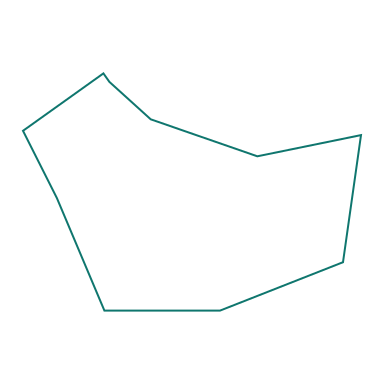 Hawalli, orthographic projection
{"feature_id": "KWT-3506", "entity_name": "Hawalli", "entity_type": "Province", "adm_level": 1, "iso_a3": "KWT", "parent_name": "Kuwait", "parent_adm1": "", "projection": "orthographic", "projection_center": [48.031, 29.332], "detail": "fine", "context": "isolated", "style": "outline", "palette": "teal", "viewbox_px": 384, "rotation_deg": 0, "n_neighbors": 0, "source": "natural_earth", "source_scale": "10m", "svg_char_len": 266}
<svg xmlns="http://www.w3.org/2000/svg" viewBox="0 0 384 384"><path d="M103.4,73.4L109.4,81.9L150.7,119.3L179.2,129.2L257.3,156.3L361.0,135.1L343.0,262.2L220.0,310.6L104.4,310.6L56.9,198.1L23.0,130.8L103.4,73.4Z" fill="none" stroke="#0f766e" stroke-width="2"/></svg>